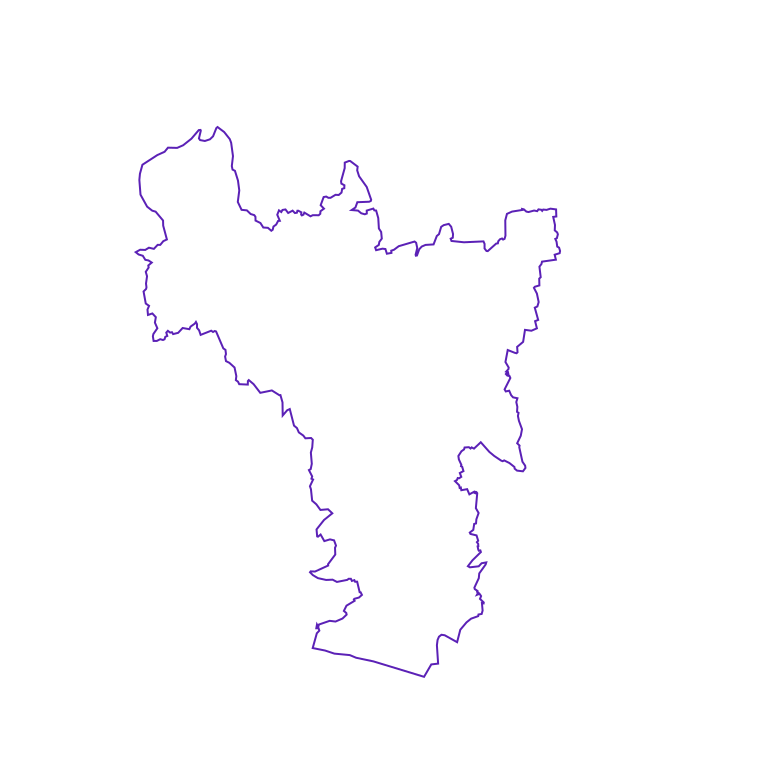 the district of Madaripur, Dhaka, Bangladesh, rotated 165°
{"feature_id": "16705992B87985099055959", "entity_name": "Madaripur", "entity_type": "district", "adm_level": 2, "iso_a3": "BGD", "parent_name": "Bangladesh", "parent_adm1": "Dhaka", "projection": "orthographic", "projection_center": [90.154, 23.231], "detail": "fine", "context": "isolated", "style": "outline", "palette": "violet", "viewbox_px": 768, "rotation_deg": 165, "n_neighbors": 0, "source": "geoboundaries", "source_scale": "gbopen_adm2", "svg_char_len": 6164}
<svg xmlns="http://www.w3.org/2000/svg" viewBox="0 0 768 768"><g transform="rotate(165 384 384)"><path d="M589.7,575.6L587.5,572.6L583.8,570.3L582.4,565.7L579.5,564.3L576.9,561.4L581.0,559.5L581.2,557.4L585.1,554.0L585.0,549.4L587.9,542.6L588.4,538.9L589.2,537.4L592.3,535.6L593.3,523.4L590.7,520.3L593.2,517.1L594.1,511.8L589.5,512.1L587.1,507.6L589.4,502.6L588.5,496.5L593.8,492.0L594.9,489.9L595.4,485.2L592.2,484.4L588.6,485.2L586.1,483.7L584.4,484.0L583.0,486.2L580.9,486.5L581.0,490.0L579.0,491.3L577.3,489.0L575.4,488.9L574.8,486.8L569.6,486.7L564.0,490.2L557.8,487.3L556.0,489.5L551.1,491.3L549.6,492.6L549.1,490.2L550.1,486.7L548.7,483.7L548.4,478.9L537.1,480.2L535.7,478.5L533.8,479.0L532.6,478.2L530.0,460.0L528.3,458.0L528.9,453.8L530.4,451.6L530.7,447.0L527.9,444.5L524.1,438.6L524.6,429.8L526.1,426.1L524.4,424.0L523.9,421.3L515.7,418.7L514.7,422.1L513.6,422.8L510.0,417.6L505.8,407.5L494.0,406.8L487.9,400.2L486.9,400.1L486.8,392.5L490.0,379.8L484.3,383.7L481.5,384.2L481.7,367.1L479.5,364.0L478.8,359.3L475.3,355.1L474.0,351.9L468.4,350.7L467.2,348.6L469.7,341.4L472.4,336.7L474.4,325.6L476.8,320.8L478.8,320.3L477.3,313.3L478.6,311.3L477.2,310.1L482.0,304.4L481.8,301.2L483.6,289.9L480.5,285.3L478.0,278.8L470.5,277.5L467.4,272.5L477.1,268.2L486.8,261.0L488.0,254.1L487.3,253.6L484.2,255.0L482.3,247.7L476.4,247.9L472.7,245.9L472.2,240.3L473.7,238.5L475.2,231.9L484.7,224.4L484.9,223.1L499.2,220.7L503.3,222.0L504.2,221.3L502.1,217.7L498.1,213.6L490.6,209.7L484.3,208.3L480.7,205.0L470.2,204.3L468.5,205.0L466.4,204.4L466.0,202.1L463.4,202.2L463.1,200.5L461.1,200.0L461.4,189.2L460.5,188.9L459.9,186.0L463.5,184.2L468.2,184.2L468.9,183.7L468.5,182.2L477.6,179.6L481.5,175.2L479.7,172.6L479.8,170.9L484.8,168.2L492.3,167.1L497.8,169.3L509.1,168.5L510.4,166.4L511.0,169.0L512.6,165.6L510.4,165.0L510.3,162.5L513.4,160.6L521.2,147.4L509.9,141.8L501.7,136.4L487.2,131.0L481.8,126.8L466.0,118.8L421.1,90.8L410.9,100.9L404.1,99.9L400.5,118.0L398.5,122.9L396.3,125.7L393.4,126.9L390.4,125.6L380.2,115.7L373.9,126.9L366.0,132.4L360.6,134.8L353.1,135.4L352.4,136.9L349.2,136.6L347.4,139.6L346.1,147.1L344.6,146.3L344.2,147.2L346.9,151.6L345.1,154.0L345.8,156.1L346.9,158.1L347.1,156.5L348.8,156.3L347.4,157.8L347.9,159.2L347.3,160.0L349.4,162.4L349.4,163.9L342.7,171.9L341.0,176.4L332.5,183.4L331.4,185.2L336.1,185.6L339.7,183.4L348.5,184.7L350.1,186.3L344.2,190.8L333.9,196.6L334.0,198.3L335.5,198.4L335.8,199.5L335.6,202.9L334.9,202.9L334.4,205.2L335.2,207.2L333.6,208.2L333.8,213.8L339.3,216.8L339.6,218.3L335.5,220.0L333.1,225.5L331.2,225.5L329.8,229.4L326.0,234.9L327.4,240.3L322.2,254.4L322.6,255.4L323.8,254.7L324.7,255.4L323.8,256.2L324.5,256.7L330.1,255.3L330.9,260.9L336.8,261.4L336.6,264.1L337.8,264.0L337.6,266.7L340.6,271.8L338.4,272.4L337.1,274.1L335.9,273.5L333.4,274.3L333.8,278.4L329.8,279.3L329.9,283.8L330.9,284.7L330.2,285.9L331.2,291.8L330.8,295.2L326.6,299.0L323.6,300.1L322.6,301.8L318.4,301.0L317.1,299.3L315.8,300.1L313.8,298.3L305.6,302.7L299.8,291.1L296.1,285.9L290.6,279.6L289.3,278.7L287.7,279.1L283.3,275.2L279.5,270.1L279.7,268.4L277.9,265.9L272.4,263.7L269.1,266.3L268.8,268.6L270.4,273.1L269.7,288.0L269.0,289.4L270.7,292.3L265.3,298.6L262.4,304.6L263.2,313.5L262.9,318.5L261.5,321.3L262.7,322.7L261.1,327.4L260.9,332.3L258.8,335.7L262.8,337.7L264.1,340.3L264.8,345.1L268.3,345.3L268.9,347.6L260.4,357.1L260.7,359.2L262.7,360.2L263.7,362.1L262.5,363.0L261.3,361.5L261.2,363.6L262.7,364.4L260.0,366.1L259.3,367.6L261.0,373.8L255.7,384.8L249.5,380.2L248.0,379.4L246.8,380.1L245.8,385.4L238.7,388.7L233.8,399.8L227.8,397.3L221.9,398.2L221.8,405.6L218.5,406.0L218.6,418.7L215.8,419.2L213.4,423.1L212.9,431.8L214.3,438.1L213.1,438.9L208.4,439.0L206.8,445.6L205.0,446.6L203.5,457.1L200.9,459.1L199.7,461.3L185.8,459.6L185.7,464.7L180.5,464.9L179.5,466.9L179.6,470.4L181.1,471.9L180.5,476.8L181.0,479.8L179.3,480.1L177.3,483.6L177.5,485.6L179.3,488.2L177.7,493.3L177.3,501.6L174.2,501.2L172.6,508.1L177.9,510.3L181.9,510.1L185.1,511.3L186.4,510.3L187.0,511.6L189.6,512.7L191.3,511.3L194.1,512.7L199.9,512.7L201.9,513.7L203.7,516.5L205.2,517.3L205.2,516.3L215.7,517.4L221.2,516.5L224.5,510.7L228.3,495.8L230.0,493.0L231.6,492.7L232.3,494.0L234.5,493.8L236.7,492.3L237.6,490.4L239.3,490.6L249.4,485.5L250.6,486.0L251.8,488.9L250.6,493.3L251.0,496.0L270.1,500.2L281.8,504.7L282.0,507.1L279.7,507.5L278.5,511.0L278.4,518.5L280.0,521.9L285.2,522.0L288.1,521.0L292.1,514.5L294.7,513.3L300.0,506.0L307.9,507.6L312.0,507.0L315.1,505.0L318.9,499.6L320.0,499.7L320.0,500.7L316.7,506.7L316.4,512.1L317.6,513.7L334.1,513.3L339.6,511.1L342.5,510.9L342.9,508.7L347.5,509.1L347.7,514.0L350.4,515.1L357.0,515.3L357.2,518.2L353.0,519.7L351.7,522.5L348.5,525.0L347.4,531.6L348.7,535.5L346.6,545.8L346.7,553.6L348.4,554.2L348.9,556.2L355.8,556.0L356.5,553.1L358.6,552.9L361.8,554.8L364.2,558.2L370.2,560.4L365.9,561.9L362.7,566.5L351.2,563.9L349.4,564.2L348.7,565.3L349.7,578.8L354.3,591.1L354.6,597.3L353.2,600.8L358.9,608.1L360.0,608.5L364.6,608.0L366.1,602.7L373.0,591.0L373.3,588.6L370.8,586.2L371.7,583.4L373.9,583.3L375.5,579.9L378.8,578.3L381.9,579.3L387.4,577.7L389.6,578.3L391.3,580.0L393.9,580.2L398.9,573.1L396.6,568.9L400.7,567.3L401.5,564.9L403.4,563.9L409.1,565.5L411.6,565.0L416.6,570.2L418.0,568.4L419.7,568.1L420.2,569.1L419.4,571.2L422.0,573.6L422.8,573.8L423.8,572.0L425.8,572.2L427.4,575.1L432.3,574.0L434.0,578.1L437.0,578.4L438.7,576.7L440.5,578.9L443.3,575.1L442.4,568.6L444.1,568.9L446.9,565.9L450.0,564.7L451.6,561.8L453.2,561.2L455.7,564.9L460.1,566.4L461.7,571.5L465.8,575.1L464.9,578.8L465.6,580.7L468.8,582.7L471.5,587.2L476.5,589.1L478.1,597.7L473.7,608.4L472.4,618.3L472.8,628.5L474.8,630.3L474.6,633.9L470.9,643.2L469.2,656.6L469.6,660.5L473.2,668.8L478.3,675.3L479.7,674.6L485.0,667.5L488.8,665.4L494.1,665.1L498.5,667.2L499.2,669.1L495.4,676.1L495.5,676.9L497.2,677.2L506.5,670.8L516.2,666.6L522.7,665.6L531.5,668.2L535.8,665.1L543.7,663.8L560.6,658.3L565.3,650.3L567.5,644.4L570.2,629.9L566.9,616.6L563.0,611.4L560.0,609.6L555.1,599.1L556.3,594.1L556.3,579.8L560.2,579.1L564.1,576.3L566.6,577.0L571.3,574.1L575.8,576.5L579.9,575.3L584.8,576.8L589.7,575.6Z" fill="none" stroke="#5b21b6" stroke-width="2"/></g></svg>